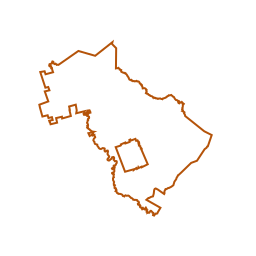 Linares, Nuevo León, Mexico (Mercator projection), rotated 247°
{"feature_id": "50627088B38143273708345", "entity_name": "Linares", "entity_type": "district", "adm_level": 2, "iso_a3": "MEX", "parent_name": "Mexico", "parent_adm1": "Nuevo León", "projection": "mercator", "projection_center": [-99.477, 24.853], "detail": "fine", "context": "isolated", "style": "outline", "palette": "amber", "viewbox_px": 256, "rotation_deg": 247, "n_neighbors": 0, "source": "geoboundaries", "source_scale": "gbopen_adm2", "svg_char_len": 5787}
<svg xmlns="http://www.w3.org/2000/svg" viewBox="0 0 256 256"><g transform="rotate(247 128 128)"><path d="M160.6,64.8L165.2,65.7L164.2,71.6L162.5,71.1L161.4,80.1L167.3,81.1L167.3,81.5L170.8,82.2L169.9,89.0L164.3,87.7L161.8,86.1L160.4,94.7L160.2,94.4L159.0,94.1L158.5,92.7L157.4,92.6L156.4,94.6L157.2,94.7L157.1,95.3L158.1,95.3L158.1,96.9L159.3,96.9L159.2,98.0L159.7,98.1L159.3,99.5L157.4,99.6L156.8,99.4L157.1,98.1L156.6,97.0L156.9,97.0L157.0,96.1L155.7,96.1L155.0,95.8L154.8,95.4L153.7,96.5L152.6,96.2L152.1,95.7L152.1,94.9L151.7,94.4L150.7,94.3L150.5,93.7L149.2,92.9L148.9,92.4L148.1,92.3L147.2,92.6L146.1,92.3L145.8,92.1L145.9,91.5L144.9,91.5L144.9,90.9L144.7,90.6L143.6,90.7L143.3,91.2L142.4,91.5L141.9,92.0L141.2,92.1L140.9,92.4L139.4,93.2L138.6,93.9L138.0,94.9L138.0,93.7L138.7,89.5L135.6,89.6L136.2,93.4L135.5,92.8L134.9,92.6L134.7,94.3L134.1,94.0L133.0,94.3L132.3,94.2L131.5,92.4L130.3,91.3L129.0,91.4L128.3,91.7L127.5,91.4L126.3,91.4L124.7,93.2L124.0,92.9L123.3,92.9L121.4,93.4L121.0,93.3L120.0,93.8L119.2,94.9L119.4,96.9L118.4,98.4L118.2,98.5L116.2,97.5L115.2,97.8L115.1,98.1L115.4,100.0L115.1,100.5L114.4,100.5L112.1,99.0L111.3,99.0L109.2,99.6L108.7,99.3L107.3,96.9L106.8,96.7L106.2,96.9L105.6,97.5L105.4,98.2L106.0,99.7L106.1,100.7L107.3,102.0L107.0,103.3L106.5,103.6L106.0,103.6L105.2,103.2L105.0,102.7L104.3,102.4L103.4,102.8L102.6,102.9L102.3,104.1L101.9,104.5L101.4,104.5L100.3,104.0L99.8,103.2L98.8,102.2L98.6,101.4L99.0,100.6L98.7,99.9L98.2,99.8L97.5,100.5L97.0,100.4L96.3,99.8L96.4,98.7L97.3,98.0L97.0,97.4L96.2,97.5L95.5,99.0L95.0,99.1L93.5,98.5L93.0,98.0L92.7,97.0L93.0,96.2L92.8,95.7L92.4,95.6L91.8,95.9L91.6,96.9L90.9,97.0L89.4,95.8L88.2,95.8L87.7,94.6L85.9,93.9L83.7,94.1L82.9,93.4L81.0,92.7L80.7,92.9L80.6,93.5L80.4,93.6L79.9,92.9L78.0,92.2L77.7,92.4L77.7,92.9L77.4,93.2L76.6,93.2L75.9,92.7L75.3,93.1L74.6,91.9L73.8,92.6L72.6,92.5L71.7,93.4L71.1,93.4L70.5,94.9L69.7,95.9L68.7,96.7L67.5,96.7L67.2,96.9L66.9,97.6L66.5,97.9L66.9,98.4L67.0,99.4L66.3,100.0L65.6,102.0L64.9,102.5L63.9,102.8L63.4,103.2L62.5,103.4L61.7,104.3L60.8,104.7L59.9,104.8L59.8,105.4L59.3,105.8L58.7,107.3L58.1,108.2L57.6,108.3L56.9,108.2L56.1,109.0L55.2,109.0L54.6,108.6L54.4,107.5L53.7,107.3L53.2,107.6L52.7,108.8L52.2,108.6L51.5,108.9L51.2,108.3L50.8,108.2L50.5,108.6L50.1,108.5L49.9,108.8L49.1,109.1L49.0,109.7L48.4,109.2L47.6,109.3L47.6,109.7L48.0,110.8L46.6,111.4L46.4,111.8L46.6,112.6L47.2,112.4L47.7,113.3L46.1,113.5L45.5,113.2L45.1,113.5L44.8,112.8L43.8,112.5L43.8,112.9L43.5,113.2L43.0,112.9L42.7,113.1L42.3,112.8L42.3,113.5L42.0,113.7L41.7,114.5L42.9,116.2L42.9,116.4L42.5,116.6L42.5,117.0L40.8,117.6L40.5,117.5L40.0,118.1L39.2,117.8L38.3,117.2L38.2,117.7L37.5,117.5L37.2,117.8L38.4,119.8L38.1,120.1L37.9,121.6L38.5,122.1L41.9,126.7L54.7,116.9L55.6,119.5L55.3,120.1L55.6,122.1L55.3,124.3L57.6,126.1L60.6,127.8L61.5,128.8L61.5,129.9L59.7,131.4L53.1,135.5L53.5,136.0L55.5,136.8L57.1,138.7L56.7,139.4L57.1,141.6L56.8,142.1L57.0,144.9L57.6,147.4L60.5,149.8L62.0,152.3L63.4,153.5L64.0,154.6L64.9,155.4L64.8,155.7L66.2,159.6L71.2,172.5L70.9,178.7L78.6,190.3L79.1,192.5L80.0,193.7L79.9,194.3L88.8,202.3L95.2,196.9L116.7,185.3L118.1,185.6L119.5,185.3L120.1,186.0L120.5,186.1L122.0,184.9L122.0,185.4L123.4,185.4L123.7,185.0L124.2,185.1L124.7,185.9L125.5,186.0L125.9,186.6L128.4,187.8L128.5,188.0L128.2,188.5L128.4,188.8L129.1,188.4L129.4,187.8L130.1,188.0L130.9,187.7L130.6,187.1L131.2,186.3L130.6,184.9L131.2,184.3L132.4,184.3L132.7,184.6L132.5,185.2L132.8,185.4L133.2,185.1L133.2,184.5L134.5,184.0L135.0,183.1L136.7,182.5L138.5,182.4L139.4,181.6L140.3,181.4L140.9,180.8L141.5,180.7L141.8,178.9L142.2,178.3L141.8,177.5L141.9,176.6L141.4,175.7L141.4,174.7L141.2,174.5L141.4,171.9L141.2,171.3L141.4,171.3L141.3,170.8L141.7,170.0L142.7,169.1L143.0,167.7L143.3,167.3L143.1,167.0L143.2,166.7L144.0,166.1L144.3,165.3L144.8,165.2L145.0,164.7L145.4,164.5L145.4,164.1L146.6,163.2L146.4,163.0L147.0,162.9L147.9,162.4L148.8,161.1L149.3,161.1L150.3,160.3L150.5,159.9L151.4,159.8L152.0,159.1L152.5,159.0L152.5,158.5L153.1,158.1L154.3,159.4L154.7,159.3L155.6,159.9L155.8,159.5L157.0,159.7L157.8,159.2L158.3,158.6L158.7,157.0L160.5,157.4L161.6,157.1L162.0,157.6L162.4,157.5L163.2,157.1L163.2,156.9L163.8,156.9L164.4,156.2L165.3,156.4L166.3,156.2L166.9,155.6L167.1,154.9L168.0,154.4L167.9,153.7L168.1,153.6L168.4,152.2L168.9,151.9L169.2,150.8L170.0,150.5L170.2,149.8L171.1,149.8L171.3,149.0L171.9,148.3L173.2,148.1L174.2,148.3L175.2,148.0L175.8,148.0L176.0,147.8L177.7,147.7L178.8,147.1L179.3,147.2L179.9,146.7L179.9,146.4L180.1,146.4L180.4,145.7L180.6,145.6L180.9,145.1L182.4,143.8L183.1,143.9L184.0,144.4L184.9,143.2L185.7,143.4L186.4,142.8L187.1,142.7L187.1,141.7L187.5,141.0L187.6,140.2L206.1,148.3L211.6,146.1L213.1,147.2L207.3,126.0L218.3,112.4L213.3,88.7L213.7,88.3L213.9,87.1L215.4,86.6L215.7,86.2L215.4,85.6L215.5,85.4L216.2,85.1L216.9,84.2L217.2,84.2L217.4,84.7L218.0,85.1L218.7,84.7L218.8,84.4L217.2,82.8L217.1,82.3L217.4,81.4L217.4,80.7L216.4,79.9L215.9,79.8L215.3,80.1L215.4,81.0L214.9,81.4L213.1,80.7L212.9,81.4L211.1,81.0L208.6,80.8L209.7,73.1L212.8,73.4L213.8,69.1L197.4,67.7L196.9,70.6L193.4,70.4L194.2,65.7L183.6,65.0L184.1,55.5L181.1,54.9L172.0,53.7L171.1,59.0L168.3,58.7L167.7,62.2L164.8,61.8L165.5,58.3L164.1,58.2L164.0,58.5L161.7,58.2L160.6,64.8ZM88.9,108.2L115.2,109.2L114.7,114.3L115.1,115.0L115.7,115.1L115.7,119.8L114.8,119.6L114.5,124.0L116.5,124.6L116.5,125.7L115.3,125.7L115.1,130.6L113.0,130.5L112.9,131.9L111.5,131.9L111.4,132.4L110.8,132.6L109.8,132.4L109.8,131.7L109.5,131.5L108.9,131.5L108.4,131.9L107.5,131.2L106.5,132.2L105.7,131.9L104.7,132.2L104.1,131.8L103.6,132.5L103.3,132.4L103.4,131.9L86.9,132.0L86.5,125.3L87.1,125.4L87.0,122.2L87.7,122.1L87.2,121.7L86.8,120.2L87.9,120.0L87.2,117.2L87.7,117.5L88.9,108.2Z" fill="none" stroke="#b45309" stroke-width="2"/></g></svg>